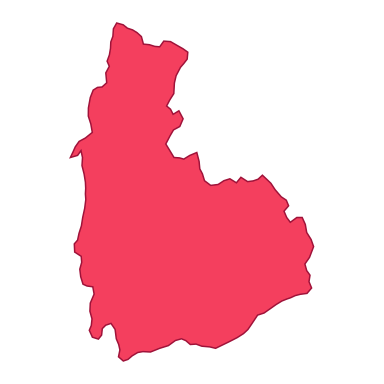 Pirapetinga, Minas Gerais, Brazil
{"feature_id": "56859067B36322566959360", "entity_name": "Pirapetinga", "entity_type": "district", "adm_level": 2, "iso_a3": "BRA", "parent_name": "Brazil", "parent_adm1": "Minas Gerais", "projection": "equal_earth", "projection_center": [-42.367, -21.664], "detail": "fine", "context": "isolated", "style": "filled", "palette": "rose", "viewbox_px": 384, "rotation_deg": 0, "n_neighbors": 0, "source": "geoboundaries", "source_scale": "gbopen_adm2", "svg_char_len": 2022}
<svg xmlns="http://www.w3.org/2000/svg" viewBox="0 0 384 384"><path d="M150.5,352.0L159.7,348.3L168.4,345.6L175.4,340.5L181.5,338.8L185.8,340.6L190.3,344.5L196.1,344.1L201.8,346.2L209.8,346.9L215.6,348.3L229.0,341.8L237.2,337.6L243.5,333.6L247.9,329.5L251.2,324.7L257.6,315.1L264.1,313.0L276.0,304.6L281.9,301.0L286.6,299.1L290.7,297.7L295.2,295.6L300.3,294.3L307.0,293.4L311.6,288.0L309.0,281.7L310.0,275.2L306.7,270.6L304.9,264.0L309.5,257.4L313.6,246.6L311.1,239.5L306.7,232.5L305.3,224.4L302.2,217.5L296.8,217.5L290.3,222.3L286.7,217.5L284.0,211.2L288.6,205.8L286.3,200.2L281.2,196.8L275.1,189.7L270.9,183.3L266.2,178.8L262.4,175.2L258.1,179.2L253.2,180.9L247.6,181.6L240.9,177.3L236.4,182.8L229.9,178.8L223.9,180.7L218.1,184.5L210.7,185.4L204.5,180.7L202.4,173.8L199.8,168.9L199.1,161.4L196.8,152.5L189.8,155.4L183.8,159.1L179.6,157.9L174.0,157.5L165.8,144.0L170.0,135.9L173.5,129.9L179.8,126.5L183.1,118.8L178.9,110.8L173.1,114.3L170.5,109.2L166.6,106.0L169.8,99.9L173.8,93.6L174.4,83.0L176.1,75.7L180.5,67.3L183.8,63.5L187.2,59.1L187.8,52.2L182.9,48.7L176.9,45.3L170.5,41.6L163.8,41.1L159.7,46.8L154.8,46.4L149.4,44.7L143.4,44.1L141.4,36.6L137.1,32.7L132.6,29.9L127.4,28.2L123.2,24.8L116.7,23.0L113.4,28.8L112.9,36.3L110.8,42.0L110.5,48.3L109.4,54.9L107.1,61.2L109.3,66.3L105.8,72.9L106.7,82.8L102.0,87.0L97.5,87.4L93.2,90.1L90.3,97.5L88.4,108.0L88.3,116.1L90.8,123.9L92.3,132.4L85.4,138.0L79.1,141.4L75.3,146.8L72.9,152.2L70.4,157.5L77.6,155.4L81.0,150.6L82.5,157.5L82.0,165.6L84.1,174.0L85.4,182.1L85.7,188.4L85.4,193.9L85.8,199.5L84.7,208.3L82.7,217.5L81.4,225.9L79.0,233.4L77.6,240.1L74.3,243.9L74.7,252.1L81.2,256.3L81.7,262.3L79.8,269.2L80.7,276.7L83.0,284.2L87.0,286.0L92.8,286.8L94.1,294.1L90.3,303.1L89.9,311.2L92.0,318.9L91.3,325.5L89.3,330.3L92.4,337.2L98.4,339.1L101.6,335.1L102.3,328.6L105.7,325.2L111.0,323.4L115.1,329.4L116.3,338.8L118.7,344.5L119.9,349.9L118.5,356.8L123.3,361.0L128.0,359.4L132.2,355.8L137.7,352.5L142.9,351.6L150.5,352.0Z" fill="#f43f5e" stroke="#9f1239" stroke-width="1.5"/></svg>